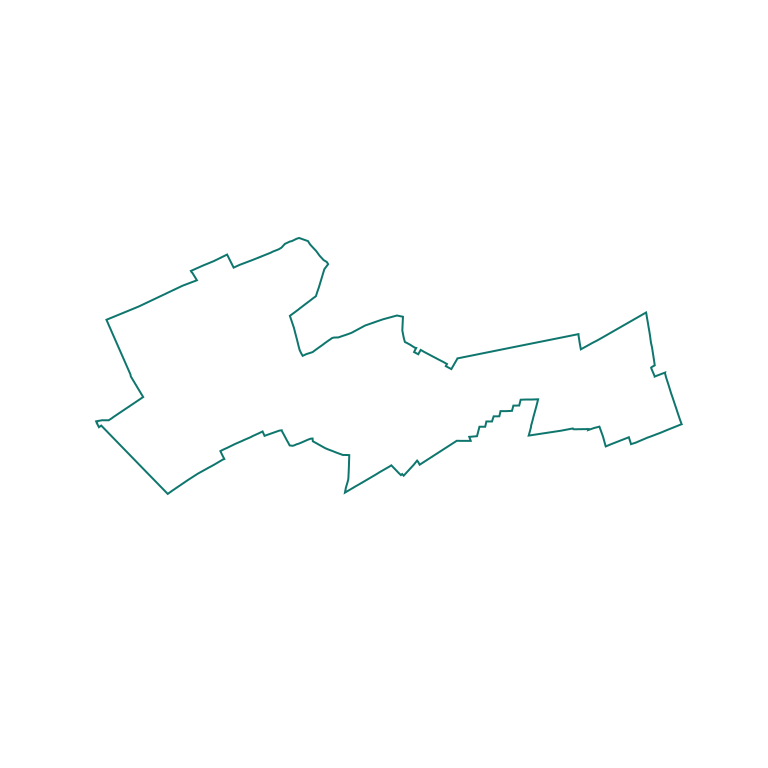 outline of Los Reyes de Juárez, Puebla, Mexico, rotated 130°
{"feature_id": "50627088B78424416735733", "entity_name": "Los Reyes de Juárez", "entity_type": "district", "adm_level": 2, "iso_a3": "MEX", "parent_name": "Mexico", "parent_adm1": "Puebla", "projection": "mercator", "projection_center": [-97.83, 18.968], "detail": "fine", "context": "isolated", "style": "outline", "palette": "teal", "viewbox_px": 768, "rotation_deg": 130, "n_neighbors": 0, "source": "geoboundaries", "source_scale": "gbopen_adm2", "svg_char_len": 4030}
<svg xmlns="http://www.w3.org/2000/svg" viewBox="0 0 768 768"><g transform="rotate(130 384 384)"><path d="M513.2,637.9L523.7,616.7L539.6,584.5L541.0,582.7L548.8,560.1L583.4,570.1L584.5,570.3L588.8,571.6L592.9,576.6L597.6,580.5L597.7,580.3L598.1,578.9L598.5,579.0L600.3,574.6L597.6,573.9L603.5,516.0L607.2,479.0L601.7,477.6L583.7,472.5L572.1,468.9L571.9,468.8L559.9,464.2L559.5,464.0L555.6,462.5L555.4,462.4L545.5,458.9L544.1,458.1L542.1,462.9L540.9,465.5L540.6,466.2L538.1,465.2L533.5,463.0L525.6,459.5L517.8,455.6L517.6,455.6L510.1,451.8L509.9,451.8L507.8,450.9L502.4,448.3L498.4,446.5L500.5,442.2L487.1,434.3L485.2,432.6L485.4,432.3L485.8,431.7L487.5,427.3L487.6,427.1L489.7,421.9L490.6,419.5L491.7,416.8L490.1,414.3L488.5,413.2L488.3,413.1L486.1,412.1L485.6,411.6L482.3,409.8L475.6,406.5L473.0,405.0L471.7,403.7L473.6,401.7L472.6,396.5L471.0,388.0L470.1,385.0L468.8,381.3L468.7,381.1L467.1,376.2L464.7,369.6L464.5,369.4L464.2,369.2L460.9,365.1L460.8,364.9L470.6,357.2L471.9,356.2L476.2,352.9L479.0,350.8L479.8,350.2L482.7,348.8L487.8,346.6L492.3,344.1L480.7,340.0L472.5,337.0L459.0,332.2L453.9,330.5L443.8,326.8L441.6,326.1L442.4,318.4L442.7,315.8L442.9,312.5L441.3,312.2L441.4,311.5L441.6,310.0L439.5,309.9L426.7,309.3L421.9,309.4L421.4,309.4L421.7,307.8L422.6,305.6L422.9,304.8L380.8,291.8L378.9,289.5L378.1,288.5L372.0,281.2L371.8,281.0L369.7,284.7L364.3,279.3L364.2,279.2L355.4,283.4L351.7,279.0L346.9,281.5L343.3,277.2L338.3,279.2L334.6,274.9L329.9,277.3L326.1,272.8L322.3,268.7L317.4,271.0L313.6,266.6L308.2,269.2L304.3,264.9L300.8,260.7L298.6,258.3L296.7,256.1L302.0,253.5L307.2,251.1L311.6,249.1L311.9,249.0L316.6,246.7L321.2,244.6L321.3,244.6L322.3,243.8L326.1,242.0L330.5,240.0L306.0,218.4L296.7,210.8L296.9,210.1L296.6,209.4L287.1,198.4L288.0,198.0L282.4,194.6L278.8,192.0L278.2,191.6L278.4,191.2L283.6,182.3L289.2,174.2L289.3,174.0L284.8,171.7L267.4,162.2L268.0,161.3L268.1,161.1L269.0,159.7L270.3,157.6L271.3,156.1L267.0,153.4L262.4,151.1L257.7,148.7L255.7,147.7L252.7,145.9L248.0,143.3L243.2,140.6L239.1,138.5L233.8,135.7L228.8,133.0L223.9,130.4L223.5,130.1L222.6,131.7L220.5,135.3L219.8,136.4L217.7,139.9L216.9,141.2L215.0,144.2L214.9,144.4L212.1,149.0L209.2,153.7L206.5,158.2L203.6,162.7L202.1,165.0L199.1,169.8L197.9,171.7L195.2,175.6L194.5,176.0L199.7,178.9L202.4,180.4L204.3,181.4L204.1,181.6L200.2,189.3L199.7,189.9L198.9,189.8L197.3,189.2L195.7,188.6L193.5,191.0L183.6,202.3L180.8,206.0L175.7,211.6L173.7,213.9L170.0,218.3L166.9,221.9L163.5,226.0L161.7,228.0L160.8,229.2L204.0,245.1L208.9,246.9L213.7,248.7L218.4,250.7L223.4,252.6L230.9,255.5L226.5,260.8L226.1,261.2L224.5,263.1L223.5,264.2L222.8,265.0L222.6,265.3L221.1,266.8L220.8,267.1L232.7,276.6L271.4,307.6L317.2,344.2L317.4,344.1L329.3,342.0L330.6,348.1L328.2,348.6L329.1,353.3L329.2,353.6L330.3,358.5L331.3,363.2L331.4,363.5L333.4,372.9L333.5,373.2L334.3,377.8L339.2,376.9L340.2,381.5L339.0,381.8L335.7,382.5L336.5,384.1L336.5,384.5L337.0,388.3L337.0,388.5L337.9,393.2L338.4,394.8L338.1,395.4L335.9,398.6L331.2,404.4L330.8,404.7L322.4,411.1L321.1,412.1L320.3,412.7L323.2,418.1L335.3,426.5L351.4,436.1L365.5,441.7L368.9,443.6L375.6,447.7L376.9,448.4L377.7,449.0L378.3,449.6L379.7,451.2L380.5,452.1L381.4,452.8L382.2,453.3L387.0,454.6L390.0,455.4L393.9,456.3L398.1,457.4L402.0,458.4L405.5,459.2L411.0,462.7L414.7,464.4L413.8,466.9L412.3,470.3L409.6,474.2L406.2,478.8L401.9,484.9L399.0,488.9L398.9,489.1L398.2,490.2L392.3,499.9L391.0,499.6L386.1,498.4L383.1,497.7L381.8,497.4L380.2,497.1L372.6,495.4L371.0,495.0L364.2,493.5L360.5,492.6L356.6,494.2L353.7,495.3L352.4,495.8L352.1,495.9L334.4,503.5L328.1,503.8L327.3,506.3L327.9,510.0L327.1,515.9L325.7,521.5L325.0,527.4L324.6,530.3L323.4,534.1L326.7,542.9L329.1,544.4L333.7,546.4L335.4,547.7L340.4,550.0L345.5,550.2L348.6,551.3L354.3,554.4L356.1,555.1L375.3,565.4L375.6,565.6L385.4,571.1L390.0,573.3L391.5,574.0L385.7,587.4L399.5,593.5L409.6,598.8L421.5,604.6L422.1,603.0L422.0,602.3L424.8,594.0L429.8,596.8L438.2,601.5L482.3,621.7L513.2,637.9Z" fill="none" stroke="#0f766e" stroke-width="2"/></g></svg>